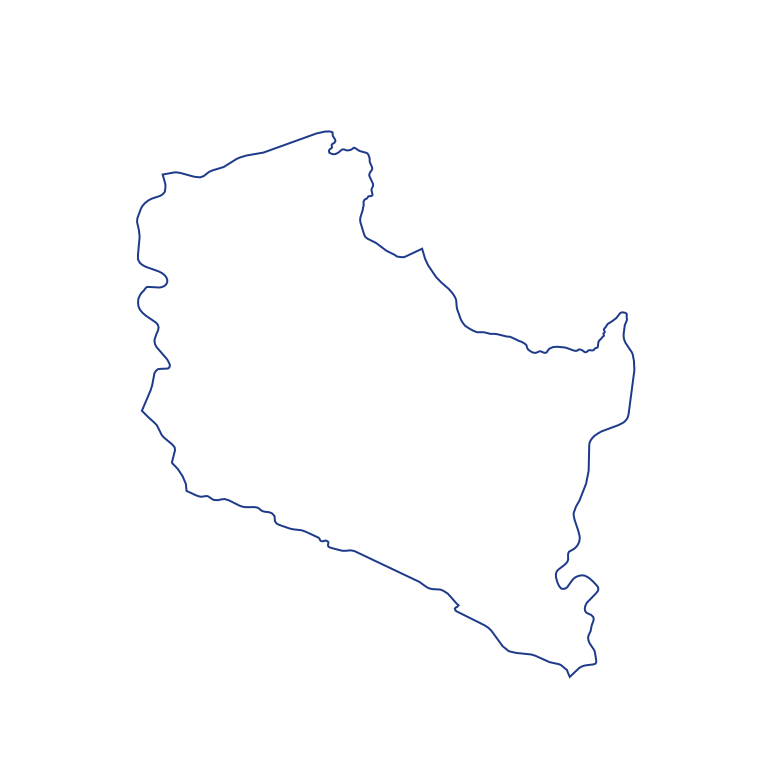 SVG path tracing the border of Nord-Kivu, rotated 107°
{"feature_id": "COD-1898", "entity_name": "Nord-Kivu", "entity_type": "Province", "adm_level": 1, "iso_a3": "COD", "parent_name": "Democratic Republic of the Congo", "parent_adm1": "", "projection": "natural_earth1", "projection_center": [28.468, -0.551], "detail": "fine", "context": "isolated", "style": "outline", "palette": "blue", "viewbox_px": 768, "rotation_deg": 107, "n_neighbors": 0, "source": "natural_earth", "source_scale": "10m", "svg_char_len": 6165}
<svg xmlns="http://www.w3.org/2000/svg" viewBox="0 0 768 768"><g transform="rotate(107 384 384)"><path d="M544.0,541.6L537.6,544.2L531.1,549.6L525.5,556.4L521.8,563.1L521.5,563.5L521.1,563.8L520.7,563.9L508.3,564.5L505.8,565.7L503.9,568.5L499.4,579.1L497.8,581.6L489.9,589.1L488.0,592.5L484.5,600.0L480.4,607.7L458.6,605.4L453.3,605.3L440.6,606.7L437.7,605.8L435.8,604.3L435.0,602.5L432.7,596.0L431.9,594.6L430.2,594.0L428.2,594.4L425.1,597.2L423.2,599.5L415.3,612.2L412.5,614.9L408.9,616.4L403.2,616.3L399.2,615.8L396.0,616.0L393.4,617.7L392.0,619.8L388.3,631.7L386.4,636.0L384.2,639.2L381.5,641.5L378.3,642.9L374.5,643.8L370.2,643.3L367.7,642.5L365.1,641.1L361.6,639.8L360.7,639.2L360.1,637.9L357.4,627.0L356.4,625.0L355.1,623.3L353.5,622.0L351.8,621.3L349.9,621.1L347.8,621.7L345.6,623.4L344.1,625.5L342.9,628.6L342.2,632.2L341.6,646.1L340.7,650.2L339.4,653.1L336.7,655.7L333.0,656.9L314.8,660.7L308.8,663.2L301.3,667.5L297.7,668.3L287.0,667.7L284.3,667.0L281.0,665.6L277.1,662.8L274.6,660.2L269.5,653.0L267.0,650.9L264.2,649.8L260.3,650.4L257.0,651.4L248.4,656.9L243.0,646.4L242.3,644.4L241.7,640.5L241.3,626.2L240.2,620.4L237.9,617.2L232.3,613.3L229.7,610.2L223.4,600.8L211.7,590.6L209.2,587.6L205.7,582.3L197.9,566.9L164.2,521.9L159.9,514.3L158.7,511.0L158.2,508.4L158.4,506.8L159.2,506.4L160.1,506.2L160.9,505.9L161.8,505.3L164.4,502.4L165.2,501.8L165.9,501.5L166.8,501.6L167.6,501.9L168.3,502.3L168.9,502.9L169.5,503.5L170.2,503.9L170.9,503.9L172.4,503.2L173.0,502.9L173.7,503.1L174.3,503.5L175.0,504.1L175.7,504.6L176.5,504.8L177.3,504.8L178.1,504.4L178.8,503.8L179.2,501.4L179.1,500.2L178.9,499.1L178.6,498.2L178.1,497.5L177.0,496.2L175.8,495.1L172.5,493.0L172.1,492.6L171.7,492.0L171.4,491.1L171.4,489.9L171.5,488.4L171.4,487.4L171.0,486.5L170.2,484.9L169.7,484.2L169.1,483.5L168.4,483.0L167.7,482.6L167.0,482.1L166.8,481.2L167.0,480.0L168.1,476.3L168.3,474.8L168.1,468.6L168.3,467.5L168.9,466.5L170.0,465.4L172.3,463.8L173.8,463.2L175.1,462.9L176.1,462.3L177.4,461.3L179.5,459.4L180.8,458.5L182.0,458.1L182.9,458.2L185.4,459.1L187.4,459.3L188.4,459.3L189.6,458.6L195.5,453.3L196.2,452.9L197.0,452.6L197.9,452.4L198.9,452.5L200.8,452.8L201.7,452.8L202.6,452.5L205.8,450.6L206.2,450.4L206.9,450.3L207.5,450.7L208.1,451.3L208.7,453.1L209.2,453.8L210.0,454.1L210.8,454.3L211.6,454.6L213.0,456.1L213.5,456.5L214.3,456.7L215.2,456.8L216.1,456.7L218.7,455.8L219.6,455.6L222.1,455.6L223.1,455.2L231.1,455.3L233.8,454.9L236.3,453.8L246.7,446.8L248.8,444.9L249.9,442.2L251.4,433.0L255.9,420.5L257.4,411.5L258.3,408.8L257.7,404.9L256.8,401.8L243.5,387.1L252.3,381.3L257.5,376.6L266.5,365.5L270.2,358.8L274.1,350.0L277.6,344.4L280.2,341.5L282.5,339.6L288.8,337.1L291.4,335.7L300.3,329.0L302.9,326.0L304.6,323.4L305.9,319.2L306.9,314.6L307.3,310.7L307.1,309.5L305.6,304.7L305.2,302.5L305.0,297.8L304.9,296.7L303.7,292.7L303.3,290.6L302.7,280.4L302.1,277.8L302.0,276.8L302.6,272.6L302.7,271.4L303.4,267.3L303.4,265.1L303.6,263.8L304.5,260.6L305.0,259.5L305.7,258.8L307.6,257.7L308.9,256.2L309.6,254.4L310.3,251.6L310.3,250.0L310.1,248.7L309.7,247.9L309.2,247.1L308.7,246.4L307.5,245.2L307.1,244.6L307.0,243.5L307.3,240.1L307.1,239.0L306.6,238.1L305.9,237.6L303.2,236.8L302.5,236.5L301.8,236.0L300.6,234.8L300.1,234.0L299.5,233.4L299.1,232.7L298.7,231.8L297.7,229.1L296.2,221.7L296.1,220.5L296.5,212.3L296.4,210.9L296.1,209.9L295.7,209.1L294.2,208.0L293.7,207.0L293.7,204.9L294.0,203.5L294.6,202.2L294.8,201.2L294.6,200.3L294.1,199.6L292.0,198.2L291.6,197.4L291.3,196.4L291.2,195.3L290.9,194.3L290.4,193.6L289.7,193.1L288.9,192.9L288.2,192.5L287.7,192.0L287.1,190.9L286.7,190.5L285.9,190.4L281.3,191.2L280.4,191.1L279.5,190.9L277.3,189.6L275.6,189.0L274.8,188.6L274.2,188.1L273.6,187.8L272.9,188.1L272.4,188.5L271.8,188.9L271.2,188.8L270.7,188.4L270.0,188.1L269.3,188.3L268.1,189.3L267.4,189.7L266.6,189.6L265.2,188.8L264.4,188.5L261.6,187.8L260.9,187.4L259.7,186.3L257.8,184.6L253.0,181.1L247.2,178.9L246.4,178.1L245.7,176.8L245.4,174.0L245.8,172.8L246.5,172.1L248.5,171.7L249.4,171.4L251.2,170.5L252.1,170.4L257.5,170.9L265.9,169.5L268.0,168.9L270.1,168.0L272.2,166.7L274.1,165.0L281.2,156.3L283.0,154.8L288.9,151.7L297.6,148.6L341.9,141.2L344.3,141.2L346.5,141.5L348.7,142.4L350.8,143.7L354.7,147.7L365.7,162.1L368.8,165.0L372.1,167.6L374.2,168.7L376.2,169.5L378.1,170.0L380.2,170.2L382.3,169.9L407.2,162.9L420.2,161.6L438.4,163.0L445.3,164.6L452.2,164.9L455.0,163.8L458.5,161.8L467.4,155.4L472.1,152.6L474.2,151.7L477.5,151.2L480.3,151.5L482.2,152.0L484.3,152.9L486.4,154.3L490.1,157.8L490.5,158.1L491.3,158.2L493.1,158.2L497.9,156.6L500.0,156.6L502.1,157.3L504.2,158.5L510.5,163.0L512.7,164.0L515.3,164.1L518.4,163.1L523.3,160.0L526.0,157.5L527.8,154.8L527.6,152.7L526.4,150.6L524.6,149.3L516.5,146.6L514.5,145.6L512.6,144.2L511.0,142.3L509.7,140.2L508.9,138.1L508.6,135.9L509.0,133.4L509.6,131.1L511.7,126.4L514.3,121.9L515.8,119.9L517.6,119.0L519.8,119.1L521.9,119.9L533.4,125.8L535.1,126.3L537.4,126.6L539.9,126.4L542.5,125.1L543.7,123.1L544.3,118.4L545.6,115.8L547.3,114.8L549.1,114.5L554.0,114.8L560.1,114.2L564.5,114.9L566.9,114.7L569.6,113.4L571.9,111.5L577.2,105.0L579.0,103.8L586.4,100.2L588.1,99.7L589.7,100.1L591.0,101.9L594.2,109.1L595.6,111.3L597.3,113.3L599.2,114.7L609.8,120.7L606.2,123.8L604.1,125.3L601.0,132.7L600.8,134.6L601.6,144.3L599.6,160.2L599.6,164.1L602.6,179.3L603.0,186.6L600.1,193.8L588.4,209.4L586.6,213.0L585.4,217.0L580.2,248.0L579.7,249.4L578.1,250.6L576.9,250.1L575.8,248.9L573.8,248.0L572.9,250.1L565.8,261.7L564.4,266.8L564.1,270.0L566.1,278.2L566.2,281.8L565.3,285.3L562.9,292.3L552.4,363.6L552.8,367.2L554.9,372.4L555.7,375.3L556.2,386.8L555.9,389.4L554.6,390.5L552.8,390.6L551.3,391.1L550.7,393.2L550.9,394.3L552.2,396.3L552.6,397.4L552.4,398.9L551.6,399.8L550.7,400.6L550.1,401.6L548.1,416.4L548.0,420.3L549.4,427.7L549.8,431.6L549.4,443.0L548.9,445.7L547.1,448.2L542.3,450.1L540.4,453.4L540.2,455.1L540.3,457.0L541.0,460.5L541.1,463.3L540.5,465.1L539.7,466.8L539.2,469.0L539.7,472.3L542.1,479.6L542.7,483.2L542.6,486.6L540.6,498.2L540.6,502.7L541.9,505.8L543.6,508.7L544.6,512.7L544.4,514.3L542.9,519.1L543.0,521.1L544.9,524.9L545.5,527.0L545.5,530.6L544.0,541.6Z" fill="none" stroke="#1e3a8a" stroke-width="2"/></g></svg>